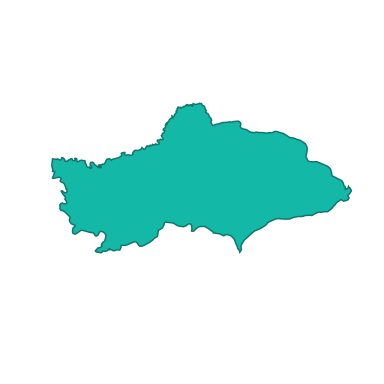 Nilo, Cundinamarca, Colombia, rotated 33°
{"feature_id": "7082276B27819593361412", "entity_name": "Nilo", "entity_type": "district", "adm_level": 2, "iso_a3": "COL", "parent_name": "Colombia", "parent_adm1": "Cundinamarca", "projection": "albers", "projection_center": [-74.661, 4.286], "detail": "fine", "context": "isolated", "style": "filled", "palette": "teal", "viewbox_px": 384, "rotation_deg": 33, "n_neighbors": 0, "source": "geoboundaries", "source_scale": "gbopen_adm2", "svg_char_len": 6043}
<svg xmlns="http://www.w3.org/2000/svg" viewBox="0 0 384 384"><g transform="rotate(33 192 192)"><path d="M270.1,101.3L268.5,100.8L266.6,95.8L265.0,92.9L263.8,91.5L260.5,89.7L254.7,89.7L250.3,91.0L248.2,91.2L245.1,92.8L244.1,93.1L236.9,93.1L234.8,93.9L231.2,94.8L228.7,95.8L226.9,98.6L224.7,100.0L222.4,102.1L219.5,103.4L215.0,106.1L213.3,106.7L212.5,107.9L209.1,109.7L207.4,110.1L203.8,110.0L200.1,111.4L198.3,111.6L196.9,110.9L196.1,108.8L195.0,107.5L192.5,107.2L188.2,110.5L187.4,111.7L185.2,112.7L184.3,113.8L179.7,117.2L177.7,119.9L175.2,122.3L173.5,124.8L172.5,124.8L169.8,123.1L169.5,122.6L169.4,121.2L168.1,120.1L165.4,119.3L164.1,118.3L162.8,117.7L160.0,117.7L159.6,116.9L159.7,115.9L158.1,115.5L157.3,114.5L155.8,113.6L154.6,113.3L153.6,113.8L151.7,112.6L151.3,112.8L150.8,113.5L150.0,113.5L149.4,114.5L147.4,116.6L144.8,117.4L145.7,119.1L145.3,119.9L145.1,119.9L144.9,119.4L144.4,119.9L144.0,119.2L143.1,119.8L143.0,120.6L141.9,120.8L141.6,121.7L140.7,121.3L140.1,121.4L139.8,121.9L140.1,122.6L139.5,123.1L139.2,124.5L138.8,124.9L138.2,125.0L138.1,126.2L137.4,126.8L137.2,127.4L137.0,127.5L136.3,127.3L136.0,127.8L134.4,128.1L134.0,128.5L134.7,129.3L134.1,130.3L135.0,131.6L134.6,132.9L135.5,133.2L135.8,133.7L135.4,134.6L135.5,136.1L135.2,136.8L135.9,138.2L135.0,139.1L133.8,139.1L134.6,140.2L135.5,140.1L135.6,140.4L134.1,141.6L133.6,143.8L134.1,145.5L133.3,147.4L134.2,148.3L134.3,148.9L133.8,149.1L133.1,148.8L133.0,149.2L133.5,150.1L133.5,151.0L134.2,151.4L134.6,152.4L133.7,154.7L134.3,155.7L135.5,155.2L136.0,155.5L135.9,156.5L136.3,157.7L135.3,159.0L135.9,160.2L135.5,161.2L136.7,162.1L138.4,162.9L139.0,163.6L139.0,164.2L138.6,164.6L137.2,164.7L136.8,165.0L136.4,166.1L134.9,167.2L134.9,168.0L136.0,168.6L137.7,168.4L138.2,169.3L138.1,169.8L136.9,171.2L135.4,171.4L135.2,171.7L135.3,172.5L134.8,172.6L134.0,173.7L133.1,173.5L132.9,175.0L132.6,175.3L131.7,175.3L131.4,175.6L131.2,176.4L131.4,176.9L131.2,177.3L129.7,177.5L129.1,177.9L129.1,181.9L128.6,182.4L125.9,182.0L126.0,183.7L125.7,184.5L123.7,187.0L122.7,187.3L121.6,188.1L121.0,189.6L121.0,190.9L121.2,191.9L122.0,193.0L121.4,193.9L119.8,195.2L118.1,195.5L116.8,197.2L114.9,197.4L114.4,195.6L114.0,195.4L111.9,197.4L111.6,198.2L112.5,198.8L113.1,199.8L113.1,200.5L112.4,201.3L112.3,202.6L107.3,208.1L107.0,209.5L105.8,209.0L104.9,209.0L102.9,210.6L102.8,211.9L103.2,214.9L103.0,216.5L102.5,217.1L101.8,217.4L100.8,218.9L99.6,219.7L98.9,220.5L99.4,221.5L100.3,221.5L100.8,220.4L101.3,220.0L101.8,220.0L102.4,220.7L102.3,221.4L100.1,222.5L98.4,222.6L97.1,222.0L95.3,222.1L93.5,221.2L92.2,221.2L91.0,222.4L91.1,223.7L92.2,225.0L93.7,225.1L94.4,225.6L94.6,226.7L93.9,227.6L93.5,227.6L93.1,226.8L92.5,226.7L91.2,228.2L90.5,228.2L88.0,226.4L86.5,225.7L85.5,224.3L85.0,224.1L83.7,224.9L82.0,225.5L80.9,226.7L80.1,228.4L79.6,228.9L78.9,228.8L77.1,226.9L76.3,226.9L75.5,227.7L75.5,228.0L76.6,228.6L76.8,229.4L74.9,230.4L74.2,230.4L73.8,229.8L73.1,229.6L72.5,230.0L72.2,230.3L72.1,231.1L70.8,232.8L71.0,233.3L69.4,235.2L68.8,235.3L68.2,234.6L66.4,233.7L64.6,233.8L64.0,234.2L64.1,234.7L64.7,235.4L64.5,236.5L64.1,237.0L61.3,237.4L60.1,238.6L57.0,240.2L60.1,246.4L63.0,249.0L63.8,250.6L64.4,250.6L65.3,249.7L65.9,250.0L67.0,253.8L67.3,256.2L68.0,256.2L68.8,255.7L71.9,252.4L72.8,251.9L74.6,251.6L75.1,252.0L75.2,254.2L75.5,254.6L76.9,254.9L79.1,254.4L80.8,254.8L84.8,258.0L85.1,258.2L85.3,257.8L85.7,258.0L87.0,259.6L87.1,260.3L86.8,261.0L85.6,262.0L82.5,261.7L82.0,261.9L81.9,262.6L85.0,264.1L88.4,265.2L89.1,265.8L89.2,267.2L91.7,268.2L92.8,269.1L92.8,270.2L92.2,271.0L90.8,271.6L89.3,271.8L88.4,272.8L88.2,274.9L89.5,276.3L90.0,277.5L90.8,278.3L91.8,278.7L92.2,278.8L93.5,278.1L95.8,277.9L103.0,279.3L103.4,279.7L104.7,282.7L105.4,283.3L108.0,284.4L112.0,283.7L112.5,284.1L112.5,284.5L111.9,287.3L113.1,289.9L114.0,291.1L114.6,291.4L115.5,291.4L116.8,291.1L117.9,289.3L119.8,284.6L120.6,283.9L127.9,281.6L131.4,280.1L132.5,280.3L134.3,281.2L135.2,281.3L135.8,281.0L136.6,279.5L136.3,276.5L136.7,274.8L138.7,274.0L140.9,274.1L142.4,274.5L143.6,275.5L143.9,276.0L145.4,280.3L145.4,280.9L144.7,282.5L144.5,284.6L144.9,285.8L146.0,286.4L146.0,286.9L145.3,288.5L143.6,290.2L143.0,294.0L143.7,294.3L145.0,294.2L148.8,292.5L149.9,289.8L151.2,289.3L152.7,287.6L153.1,286.9L153.1,286.0L154.0,285.6L153.3,285.2L153.8,284.6L157.8,284.1L158.6,283.8L160.4,281.4L163.1,280.0L162.6,277.0L161.8,276.0L161.8,275.5L162.1,274.8L165.1,273.1L165.9,272.3L170.9,264.9L172.4,264.4L173.4,264.5L176.3,265.7L177.7,265.9L179.3,264.9L180.5,263.4L183.9,257.3L185.2,253.6L185.7,251.0L187.0,248.4L187.1,247.7L184.6,242.4L185.7,240.6L186.8,238.1L186.3,234.5L185.6,232.6L185.9,231.9L186.7,231.4L192.6,228.5L194.0,228.2L197.7,228.2L200.6,227.3L203.7,225.8L205.3,223.8L206.3,220.9L207.6,219.8L209.0,219.7L209.6,220.0L212.1,223.0L212.6,224.6L212.9,225.0L213.3,224.9L214.8,223.8L215.6,219.9L216.5,217.8L218.1,216.1L221.0,214.2L223.6,213.7L227.8,213.8L229.5,214.1L230.3,213.8L230.9,213.8L232.1,214.7L238.1,212.0L242.2,211.5L242.7,211.2L243.5,209.6L244.8,208.4L247.8,207.7L249.0,207.6L252.6,208.3L254.7,209.5L255.9,210.7L259.4,212.9L261.2,214.5L263.4,215.2L264.9,216.5L265.0,215.3L264.8,213.3L262.9,211.4L262.2,209.4L262.0,205.0L262.2,203.2L265.4,191.4L266.2,189.8L267.2,188.5L269.5,184.9L271.8,179.9L272.1,178.8L272.2,176.9L272.9,175.1L277.0,168.9L278.9,167.2L280.8,166.3L285.7,163.5L287.5,162.1L288.5,161.7L289.9,159.3L292.5,156.5L294.8,154.4L296.6,153.4L298.6,151.6L299.7,150.1L303.8,147.0L304.7,146.8L305.5,146.1L307.0,143.1L308.8,140.4L311.6,138.5L313.2,136.8L316.2,134.9L316.7,134.2L318.3,129.4L318.5,126.2L319.0,124.8L319.0,122.4L320.5,118.4L321.4,117.0L324.0,117.2L326.1,115.0L327.0,113.5L327.0,111.9L326.5,111.1L324.5,110.3L325.1,107.4L325.1,104.7L324.8,103.9L322.4,102.6L321.1,102.6L320.3,102.1L320.6,103.4L320.6,104.3L319.2,106.3L317.7,104.3L317.0,104.0L316.2,104.1L314.0,102.1L311.5,101.0L300.4,102.1L298.6,99.9L295.8,97.4L293.2,96.7L291.6,96.6L280.2,98.6L279.6,98.9L278.1,100.2L274.5,102.2L273.3,102.6L272.4,102.7L271.7,102.5L270.1,101.3Z" fill="#14b8a6" stroke="#0f766e" stroke-width="1.5"/></g></svg>